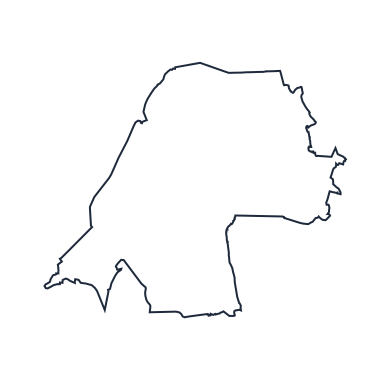 Cuitzeo, Michoacán, Mexico (orthographic projection), rotated 264°
{"feature_id": "50627088B4770354561434", "entity_name": "Cuitzeo", "entity_type": "district", "adm_level": 2, "iso_a3": "MEX", "parent_name": "Mexico", "parent_adm1": "Michoacán", "projection": "orthographic", "projection_center": [-101.122, 19.987], "detail": "fine", "context": "isolated", "style": "outline", "palette": "slate", "viewbox_px": 384, "rotation_deg": 264, "n_neighbors": 0, "source": "geoboundaries", "source_scale": "gbopen_adm2", "svg_char_len": 5886}
<svg xmlns="http://www.w3.org/2000/svg" viewBox="0 0 384 384"><g transform="rotate(264 192 192)"><path d="M83.7,92.9L101.8,98.5L103.5,98.3L104.0,100.2L104.1,100.3L109.6,102.3L116.4,106.6L119.5,109.1L120.1,109.8L122.0,113.3L123.1,113.7L122.5,109.8L122.5,109.6L124.6,109.1L125.7,108.5L126.7,108.9L129.0,111.1L132.0,114.5L131.4,117.0L106.3,132.0L103.0,134.9L102.3,135.8L101.1,136.0L99.5,135.6L97.7,135.1L96.1,134.8L94.4,134.8L93.1,134.8L92.1,135.0L90.3,135.2L89.1,135.5L87.0,136.4L85.4,137.6L83.7,138.6L82.2,138.6L76.8,137.4L74.7,163.5L73.9,166.0L73.4,167.1L71.7,168.6L69.2,169.7L68.1,171.9L68.3,172.6L68.6,178.1L69.0,193.2L69.0,194.5L68.7,194.5L68.7,195.1L68.2,195.2L68.1,195.9L67.3,195.8L67.4,197.6L68.9,197.9L67.5,200.3L68.4,202.3L68.1,202.6L68.1,202.8L67.7,202.9L68.1,204.7L68.3,206.8L69.0,207.5L69.3,209.3L70.0,210.8L64.8,216.2L64.4,220.8L64.7,221.6L65.2,221.7L65.8,221.5L66.4,221.4L67.5,221.4L67.8,221.3L68.5,221.5L69.1,221.7L69.3,222.3L69.5,222.5L69.7,222.9L69.8,225.9L69.9,226.4L69.9,226.8L69.1,228.3L71.2,228.2L72.4,228.3L73.7,228.7L74.9,228.3L76.4,227.7L76.6,227.3L83.0,226.0L84.6,225.9L91.4,225.5L98.2,225.1L102.6,225.4L105.8,224.9L108.1,224.5L109.5,224.3L111.1,224.3L113.8,223.6L115.7,222.9L117.8,222.0L126.3,222.0L127.2,222.3L136.5,222.1L138.3,221.8L138.5,222.0L139.0,221.9L139.0,222.2L139.9,221.8L140.6,221.6L141.7,221.7L144.3,221.8L145.9,221.6L148.5,221.8L148.6,222.1L148.9,222.2L149.4,222.1L149.7,222.1L150.0,222.3L150.5,222.3L150.9,222.5L151.0,222.8L151.0,223.1L151.4,222.9L151.6,222.9L151.7,223.0L151.8,223.1L151.9,223.3L153.0,223.7L154.0,224.7L154.5,225.6L154.7,225.9L155.1,226.3L156.2,227.4L155.9,227.7L155.9,227.8L155.9,228.1L156.4,228.7L159.8,231.1L159.8,230.9L160.3,231.4L160.6,231.4L160.8,231.4L161.1,231.6L161.5,231.6L161.8,231.8L162.0,231.8L162.0,232.0L162.8,232.3L163.9,232.7L164.1,232.7L158.2,279.4L157.7,280.5L157.4,280.3L156.7,280.9L156.3,281.4L156.5,281.7L156.1,282.4L155.9,282.5L150.1,295.9L149.0,299.0L148.9,299.6L148.8,299.9L148.0,303.6L148.0,304.5L149.4,307.5L149.4,307.8L150.0,309.2L152.1,311.1L153.2,312.3L153.3,312.8L153.2,314.0L153.7,314.9L154.4,315.4L153.1,316.4L151.8,317.7L150.8,318.8L150.5,319.4L150.3,320.5L150.0,321.9L151.0,323.3L154.0,326.8L154.4,326.6L155.2,326.4L155.4,326.2L156.0,324.9L156.0,324.6L156.9,325.4L158.0,326.2L159.3,326.3L161.7,327.0L164.5,326.7L165.1,326.3L165.3,324.5L167.4,324.4L170.1,325.8L178.3,329.0L176.9,332.6L176.8,333.5L176.7,333.6L176.4,334.1L176.3,334.7L176.1,335.8L176.1,336.0L176.2,336.4L175.4,336.3L175.1,337.5L174.3,339.5L176.2,339.7L180.1,338.1L181.1,336.8L182.4,335.5L183.6,334.5L184.7,333.5L185.1,333.2L186.3,333.4L187.2,333.4L188.0,333.5L188.9,333.5L189.9,333.5L191.8,331.3L200.0,334.9L201.2,336.1L201.6,337.4L202.6,337.8L203.1,338.1L204.3,338.2L205.0,338.3L204.4,338.7L203.7,339.8L203.7,340.3L204.3,340.7L205.2,341.3L205.1,341.9L203.6,345.1L204.3,345.4L204.9,345.6L205.5,345.7L206.1,345.9L206.8,346.4L207.3,347.1L207.0,347.5L207.6,347.7L207.8,347.5L208.1,347.7L208.0,347.8L208.3,348.5L209.5,347.9L209.5,347.7L211.5,345.9L213.1,343.0L214.4,340.9L220.7,339.3L212.4,334.4L214.8,320.8L214.7,320.5L214.8,319.3L215.1,319.0L215.8,318.7L217.1,318.5L218.1,318.6L218.4,318.4L218.3,317.9L217.8,317.8L217.9,317.5L218.2,317.1L219.1,316.9L218.9,316.7L218.7,316.4L218.8,316.0L219.0,315.6L219.7,315.6L219.7,315.4L219.8,314.6L219.9,313.8L220.2,313.6L220.9,312.7L221.7,312.3L222.4,312.4L222.7,312.5L223.0,312.5L223.5,312.3L224.1,312.5L224.4,313.2L224.8,313.1L225.0,313.3L225.0,313.7L224.9,313.9L224.5,314.2L224.5,314.5L224.6,314.9L224.3,315.1L224.3,315.3L225.5,315.1L226.1,314.8L227.1,314.8L228.4,314.7L230.4,314.9L231.4,314.7L232.3,314.4L233.0,314.5L233.5,314.9L234.3,314.9L234.5,314.5L239.2,314.2L239.1,313.9L239.5,313.5L240.1,313.1L242.5,312.6L243.1,312.3L244.4,312.3L245.5,313.0L245.6,313.7L245.4,313.9L244.8,314.1L244.1,314.2L243.9,314.4L244.2,314.9L244.9,315.6L245.9,317.7L246.5,320.5L247.1,321.6L247.8,322.3L248.5,322.4L249.1,322.2L249.7,321.4L250.9,320.9L252.5,319.7L253.6,318.7L254.6,317.9L255.6,317.5L256.7,317.0L258.5,316.9L258.7,317.3L259.9,316.8L262.8,314.9L265.3,313.6L269.1,312.0L269.6,311.7L269.8,311.6L272.5,311.0L275.1,310.6L275.7,310.7L276.5,310.9L277.5,311.6L277.8,312.0L278.6,312.5L279.9,312.4L281.2,312.2L283.5,312.1L284.8,311.9L285.1,311.7L285.1,311.0L284.7,310.1L284.5,308.9L284.5,307.8L282.7,305.1L281.7,304.5L281.0,303.8L280.2,303.3L280.1,303.1L280.1,302.8L280.1,302.7L280.5,302.1L281.2,301.4L281.8,301.0L281.8,300.6L285.2,299.2L287.3,299.3L287.8,299.0L288.0,298.8L288.1,298.2L288.4,297.7L288.6,296.9L288.7,296.2L288.5,294.8L288.8,294.6L289.7,294.4L289.8,294.4L302.2,292.5L303.3,292.2L303.4,288.8L303.5,288.8L303.5,287.5L304.1,279.6L304.1,278.7L304.3,278.6L304.0,275.8L304.5,270.2L304.8,265.6L305.5,257.0L305.5,254.6L306.7,240.8L319.6,213.5L317.8,188.4L316.2,187.9L316.8,186.1L315.6,184.9L316.1,183.6L314.7,181.1L311.9,177.5L309.7,176.3L306.9,175.2L305.5,173.7L303.3,171.5L302.3,168.9L301.5,168.8L299.9,166.7L298.8,165.3L295.3,162.3L289.3,157.6L286.8,156.1L284.0,154.6L276.8,152.1L268.2,154.5L267.0,150.1L265.6,149.3L266.0,148.5L267.9,148.0L268.6,145.8L267.1,143.1L263.5,140.8L249.4,132.9L236.5,124.4L234.3,122.9L218.1,113.6L214.9,111.3L197.2,94.3L188.2,89.1L186.9,88.8L169.0,88.0L167.6,89.0L145.6,62.0L140.2,55.3L139.4,53.6L136.4,55.3L133.8,51.0L130.9,51.1L127.9,51.0L125.7,50.6L125.0,50.6L125.2,48.6L124.6,48.7L124.0,47.2L123.9,45.5L123.5,44.9L120.0,42.2L119.6,42.0L119.1,42.0L118.8,41.9L117.2,41.0L116.6,39.4L116.3,39.0L116.0,38.2L115.9,37.9L115.8,37.7L115.6,36.9L113.9,35.5L111.7,36.5L111.2,38.2L111.9,40.2L112.4,41.4L112.6,42.0L113.7,44.2L114.5,48.5L114.3,48.8L114.2,50.4L114.4,50.3L114.5,51.0L115.8,51.2L115.2,53.7L118.0,54.2L119.1,57.4L118.0,59.7L116.6,61.1L116.5,61.3L115.9,62.3L114.8,64.1L113.8,66.0L115.1,66.1L115.9,66.3L116.8,66.6L117.5,66.8L116.5,70.0L113.3,71.9L112.6,74.5L112.1,76.8L109.8,82.6L106.6,85.5L103.3,87.3L83.7,92.9Z" fill="none" stroke="#1e293b" stroke-width="2"/></g></svg>